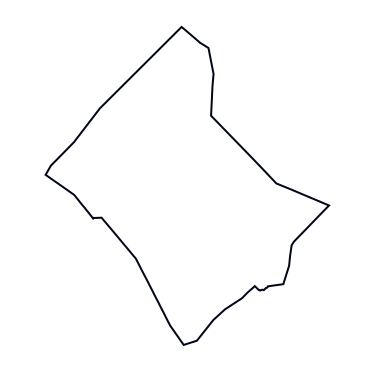 Gurvantes, Ömnögovi, Mongolia, rotated 48°
{"feature_id": "93677404B48845282063548", "entity_name": "Gurvantes", "entity_type": "district", "adm_level": 2, "iso_a3": "MNG", "parent_name": "Mongolia", "parent_adm1": "Ömnögovi", "projection": "equal_earth", "projection_center": [101.209, 43.334], "detail": "fine", "context": "isolated", "style": "outline", "palette": "ink", "viewbox_px": 384, "rotation_deg": 48, "n_neighbors": 0, "source": "geoboundaries", "source_scale": "gbopen_adm2", "svg_char_len": 1539}
<svg xmlns="http://www.w3.org/2000/svg" viewBox="0 0 384 384"><g transform="rotate(48 192 192)"><path d="M118.7,97.0L96.0,83.4L86.6,86.1L68.1,88.5L62.4,89.3L68.2,204.4L76.0,246.4L77.3,267.4L78.0,279.3L81.3,289.3L89.7,287.4L95.5,286.0L101.2,284.7L105.6,283.7L110.9,282.5L115.3,281.5L119.5,281.7L125.7,282.1L130.5,282.3L132.2,282.4L139.5,282.8L145.5,283.2L145.4,282.8L145.4,282.7L145.5,282.7L145.6,282.4L146.6,281.2L150.6,276.4L159.5,276.7L169.0,277.0L174.7,277.2L179.8,277.4L184.0,277.6L191.2,277.8L197.4,278.1L204.0,278.3L211.9,280.4L214.8,281.2L220.9,282.8L226.9,284.3L233.9,286.2L240.7,288.0L243.2,288.7L247.3,289.8L251.4,290.8L254.5,291.7L262.1,293.7L269.3,295.7L276.6,297.6L277.4,297.7L284.7,298.6L292.0,299.5L295.0,299.9L300.1,300.5L305.8,287.8L301.4,261.8L301.3,245.9L304.4,225.9L303.9,218.0L304.0,212.0L304.0,211.9L304.0,208.3L309.3,208.0L309.6,207.7L309.8,207.5L310.0,207.5L310.3,207.5L310.5,207.5L310.6,207.4L310.9,207.2L311.0,207.1L311.1,206.8L311.0,206.7L311.0,206.4L311.1,206.2L311.4,205.8L311.5,205.3L311.8,204.9L312.1,204.7L312.4,204.7L312.7,204.6L312.9,204.5L313.0,204.3L313.0,204.0L313.0,203.5L313.0,203.0L312.9,202.6L312.9,202.2L312.8,201.9L312.8,201.5L312.8,201.3L312.9,201.2L313.1,200.8L313.2,200.6L313.3,200.3L313.3,200.0L313.3,199.7L313.2,199.6L313.2,199.3L313.0,199.1L312.9,198.8L312.9,198.7L321.6,185.8L311.8,169.2L305.0,161.7L300.6,156.4L298.3,153.6L297.1,149.5L293.7,99.2L255.1,117.3L242.1,123.6L221.9,124.1L203.4,124.7L148.1,126.8L127.1,106.0L118.7,97.0Z" fill="none" stroke="#020617" stroke-width="2"/></g></svg>